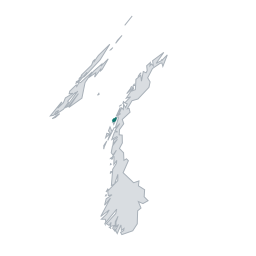 location of Berg nor, Troms, Norway, rotated 310°
{"feature_id": "86288312B25142202859534", "entity_name": "Berg nor", "entity_type": "district", "adm_level": 2, "iso_a3": "NOR", "parent_name": "Norway", "parent_adm1": "Troms", "projection": "equal_earth", "projection_center": [17.457, 69.45], "detail": "fine", "context": "in_parent", "style": "filled", "palette": "teal", "viewbox_px": 256, "rotation_deg": 310, "n_neighbors": 0, "source": "geoboundaries", "source_scale": "gbopen_adm2", "svg_char_len": 4892}
<svg xmlns="http://www.w3.org/2000/svg" viewBox="0 0 256 256"><g transform="rotate(310 128 128)"><path d="M151.4,113.5L142.2,115.1L143.7,116.2L141.4,119.4L130.9,118.1L128.5,122.0L121.3,122.5L117.1,125.6L118.8,128.1L112.9,133.3L106.8,134.6L106.2,140.5L100.6,145.7L103.4,146.6L103.2,149.3L90.6,153.0L89.7,167.5L94.5,170.4L90.4,173.2L91.4,180.4L85.7,184.6L85.2,190.1L79.7,188.0L78.3,183.2L75.0,189.4L70.8,188.6L60.5,196.7L52.3,197.7L42.4,191.8L43.3,189.4L46.6,190.6L48.5,189.5L45.3,188.7L49.2,184.9L40.2,187.6L41.7,184.2L48.1,182.8L44.8,182.4L47.9,179.4L54.0,177.1L48.1,178.5L40.6,184.2L41.4,180.6L44.7,180.3L41.2,177.7L44.9,175.7L41.2,176.1L40.8,172.9L54.6,173.6L58.6,171.5L41.6,171.7L43.5,169.3L41.0,166.2L48.3,167.0L53.2,166.3L42.7,164.0L63.0,159.6L53.8,159.7L59.7,156.8L66.6,158.7L63.6,156.3L66.7,153.0L81.1,154.0L86.0,150.0L76.5,153.7L73.3,152.2L86.6,142.8L93.3,141.9L96.0,140.2L90.9,140.6L97.0,135.8L95.4,134.8L103.5,133.4L97.6,133.9L98.3,131.0L104.2,127.7L112.5,127.1L106.3,126.7L109.7,124.6L113.7,126.1L114.3,125.0L108.7,123.0L116.4,120.2L118.3,122.6L117.7,119.7L126.2,118.9L119.6,118.3L129.6,114.2L130.6,112.2L134.3,113.2L132.8,112.1L139.4,110.1L139.2,112.5L143.4,109.3L142.1,113.0L146.0,111.9L145.2,109.4L153.6,109.9L149.7,107.5L157.8,106.6L162.1,109.0L170.4,102.8L176.7,103.9L172.5,108.2L181.1,103.4L181.9,106.4L184.3,105.8L187.7,102.3L192.6,103.0L189.8,104.8L192.1,104.8L191.9,107.4L195.4,103.6L208.9,106.8L195.6,108.0L201.6,110.5L209.3,111.1L197.6,115.1L199.6,112.2L198.2,111.0L189.3,108.5L179.1,110.8L177.5,115.3L172.6,117.9L156.7,117.0L151.4,113.5ZM118.8,59.7L127.7,60.6L126.8,62.1L130.9,61.3L132.5,62.5L148.0,64.5L135.2,65.9L121.2,73.5L105.7,69.5L122.5,67.9L106.3,68.4L104.0,67.3L124.0,65.8L119.8,65.4L121.7,64.8L109.8,64.6L109.5,65.8L101.0,66.5L91.0,63.7L96.9,63.7L94.5,62.4L90.1,63.0L87.3,60.7L104.3,60.4L105.6,60.7L97.9,61.4L105.8,62.3L110.8,60.7L119.3,63.6L116.4,60.9L118.8,59.7ZM138.4,58.3L152.8,59.7L156.7,58.3L158.5,58.5L157.4,59.3L164.6,58.7L180.5,60.2L162.4,62.8L140.7,61.7L138.1,61.3L144.4,60.8L132.7,60.7L130.1,60.1L133.5,59.8L128.2,59.4L136.2,59.5L135.3,58.8L138.5,59.1L138.4,58.3ZM149.2,65.1L159.9,66.8L158.0,67.5L168.3,68.4L156.4,70.5L154.2,70.3L155.6,69.3L145.5,69.7L149.6,67.8L141.4,65.5L149.2,65.1ZM114.9,118.1L119.9,117.1L105.4,120.5L112.7,117.7L113.2,114.9L117.3,113.5L114.9,118.1ZM122.7,112.9L129.4,112.7L121.5,114.8L122.7,112.9ZM129.3,111.4L138.9,108.8L133.8,111.5L129.3,111.4ZM86.4,63.9L93.5,65.7L95.1,66.5L89.4,65.6L86.4,63.9ZM110.4,115.2L111.5,117.7L106.2,117.1L110.4,115.2ZM162.3,103.9L158.7,105.6L153.5,104.9L159.4,104.6L162.3,103.9ZM163.1,105.1L161.5,107.1L159.3,106.5L163.1,105.1ZM99.3,120.7L104.5,120.1L98.8,121.8L99.3,120.7ZM216.1,59.2L204.5,59.5L216.5,59.2L216.1,59.2ZM188.4,63.6L195.1,63.9L184.9,64.1L188.4,63.6ZM173.7,102.6L177.6,102.2L178.8,102.6L173.7,102.6ZM165.5,104.6L164.8,105.7L163.8,104.8L165.5,104.6ZM145.3,107.5L145.3,108.6L143.8,108.2L145.3,107.5ZM135.8,83.4L135.3,84.2L133.5,83.6L135.8,83.4ZM179.9,64.7L176.8,64.6L176.5,64.3L179.9,64.7ZM83.5,142.8L84.5,143.8L81.6,143.6L83.5,142.8ZM138.8,107.3L140.7,107.7L141.9,108.3L138.8,107.3ZM130.3,58.7L131.6,59.1L129.5,58.9L130.3,58.7ZM68.2,152.2L64.8,152.3L68.3,151.7L68.2,152.2ZM63.3,154.0L62.0,154.9L61.5,154.4L63.3,154.0ZM98.0,122.1L96.2,123.0L98.2,121.4L98.0,122.1ZM40.6,178.1L40.0,179.7L40.0,177.6L40.6,178.1ZM94.1,135.0L93.3,134.2L94.4,134.2L94.1,135.0ZM202.3,109.5L202.0,110.4L201.9,110.2L202.3,109.5ZM94.9,135.7L93.1,135.9L95.3,135.5L94.9,135.7ZM89.4,137.6L89.5,138.4L88.6,138.1L89.4,137.6ZM40.4,171.6L39.5,172.5L39.7,171.8L40.4,171.6Z" fill="#d9dde1" stroke="#a8b0b8" stroke-width="1"/><path d="M125.7,111.4L125.8,111.5L125.7,111.5L125.8,111.7L125.9,111.8L126.0,111.8L126.3,111.9L126.4,112.0L126.5,112.1L126.8,112.2L127.0,112.2L126.9,112.3L126.8,112.2L126.6,112.3L126.4,112.3L126.3,112.2L126.2,112.2L125.9,112.0L125.7,112.1L125.8,112.1L125.7,112.0L125.7,111.9L125.4,111.9L125.2,111.9L124.9,111.8L124.7,111.8L124.8,111.9L124.7,111.9L124.8,111.9L124.9,112.0L125.0,112.0L124.8,112.1L124.9,112.3L124.7,112.3L124.6,112.2L124.4,112.1L124.2,112.0L124.2,112.3L124.3,112.3L124.2,112.3L124.3,112.3L124.5,112.4L124.4,112.4L124.5,112.4L124.9,112.4L125.0,112.4L125.1,112.5L125.3,112.4L125.5,112.4L125.7,112.5L125.8,112.5L125.7,112.5L125.4,112.5L125.2,112.5L124.9,112.6L124.7,112.5L124.8,112.6L124.7,112.6L124.8,112.7L125.0,112.7L125.3,112.8L125.2,112.8L125.3,112.8L125.2,112.9L125.3,112.9L125.2,112.9L124.9,112.8L124.8,112.7L124.7,112.7L124.4,112.6L124.2,112.6L123.9,112.6L123.7,112.6L123.8,112.7L124.0,112.8L124.1,113.0L124.3,113.0L124.5,113.0L124.8,113.2L125.0,113.2L125.1,113.3L125.3,113.3L126.0,113.3L126.2,113.2L126.3,113.0L126.6,112.9L126.3,112.8L126.6,112.5L126.8,112.3L127.2,112.3L127.5,112.2L127.4,112.1L127.2,112.1L126.9,112.2L126.7,112.1L126.4,112.0L126.3,111.9L126.2,111.8L126.1,111.7L125.9,111.7L125.8,111.4L125.7,111.4Z" fill="#14b8a6" stroke="#0f766e" stroke-width="1.5"/></g></svg>